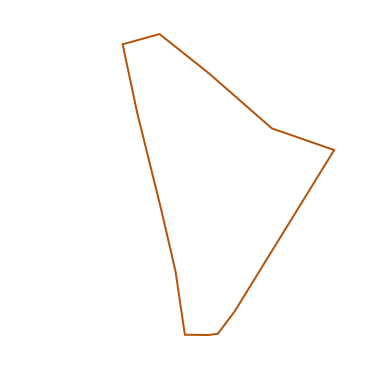 the Quarter of Micoud, rotated 21°
{"feature_id": "LCA-5083", "entity_name": "Micoud", "entity_type": "Quarter", "adm_level": 1, "iso_a3": "LCA", "parent_name": "Saint Lucia", "parent_adm1": "", "projection": "equal_earth", "projection_center": [-60.927, 13.81], "detail": "fine", "context": "isolated", "style": "outline", "palette": "amber", "viewbox_px": 384, "rotation_deg": 21, "n_neighbors": 0, "source": "natural_earth", "source_scale": "10m", "svg_char_len": 317}
<svg xmlns="http://www.w3.org/2000/svg" viewBox="0 0 384 384"><g transform="rotate(21 192 192)"><path d="M309.7,101.9L274.5,288.7L266.9,315.1L258.4,319.7L236.5,327.8L204.7,271.4L169.1,218.8L112.3,137.5L74.3,78.9L105.1,56.2L165.6,75.3L243.8,104.0L309.7,101.9Z" fill="none" stroke="#b45309" stroke-width="2"/></g></svg>